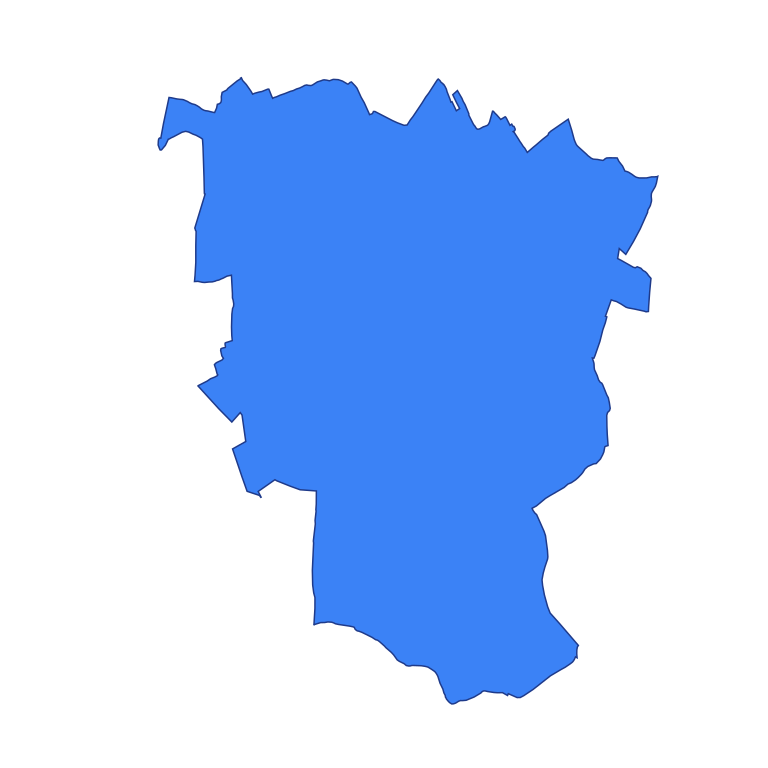 outline of Sauca, Satu Mare, Romania, rotated 277°
{"feature_id": "2599482B69932192644712", "entity_name": "Sauca", "entity_type": "district", "adm_level": 2, "iso_a3": "ROU", "parent_name": "Romania", "parent_adm1": "Satu Mare", "projection": "equal_earth", "projection_center": [22.498, 47.458], "detail": "fine", "context": "isolated", "style": "filled", "palette": "blue", "viewbox_px": 768, "rotation_deg": 277, "n_neighbors": 0, "source": "geoboundaries", "source_scale": "gbopen_adm2", "svg_char_len": 6139}
<svg xmlns="http://www.w3.org/2000/svg" viewBox="0 0 768 768"><g transform="rotate(277 384 384)"><path d="M623.5,630.4L623.0,629.6L622.8,628.1L622.6,627.7L622.2,624.4L620.5,619.4L619.6,612.1L619.9,609.5L620.2,608.6L620.6,607.6L622.3,604.6L624.0,601.0L624.5,599.1L624.7,597.2L629.4,594.2L633.5,590.1L636.8,587.9L636.0,580.4L635.5,577.5L634.6,576.1L632.9,574.6L632.6,574.0L632.7,571.0L632.9,568.8L632.7,564.3L633.3,562.3L635.6,558.4L636.6,557.2L642.7,548.5L643.8,547.0L645.1,545.7L647.9,544.0L649.8,543.0L658.7,539.4L669.3,534.6L655.3,518.8L653.1,516.9L651.0,516.4L646.1,511.5L640.0,506.0L637.4,503.5L631.3,498.0L635.2,495.0L636.8,493.2L639.6,490.9L641.2,489.4L643.4,487.7L649.8,482.4L650.2,481.5L651.3,482.8L652.2,483.2L653.1,483.1L655.3,481.8L655.6,481.4L655.5,480.8L655.7,480.4L657.5,479.1L656.1,477.5L662.3,473.4L663.6,472.4L664.0,471.7L660.8,467.6L665.1,462.8L666.1,461.4L668.0,459.3L668.0,458.5L657.2,456.9L655.2,456.3L654.1,455.7L653.4,455.2L651.7,452.1L651.5,451.4L649.0,448.0L648.5,447.0L648.3,445.5L649.3,444.2L651.3,442.6L651.4,442.3L653.0,440.9L661.2,435.4L662.5,435.3L671.2,430.4L674.1,428.2L677.1,426.5L684.2,421.1L679.5,417.0L672.1,421.7L666.6,425.5L664.0,422.5L672.5,417.1L671.9,416.1L674.3,415.0L681.9,410.9L684.2,410.0L686.5,408.5L688.5,406.9L688.5,406.4L689.3,405.9L690.3,404.0L692.1,402.4L693.3,400.7L692.8,400.1L689.9,398.6L678.3,393.0L673.8,390.4L667.7,387.6L657.6,382.5L652.7,380.0L649.6,378.1L643.9,375.4L643.2,372.4L644.9,365.4L646.5,360.3L653.4,341.7L653.2,340.3L651.5,339.8L650.7,339.2L649.6,336.8L651.1,336.0L660.8,330.1L665.9,326.3L674.4,321.1L676.2,319.3L679.8,314.9L679.3,313.7L677.5,312.1L677.3,311.7L677.3,311.2L679.6,305.9L680.5,301.5L680.2,296.8L679.9,295.9L678.3,292.9L678.6,290.1L678.6,287.6L678.3,286.4L677.3,284.5L675.7,281.0L671.9,276.4L671.3,275.1L671.2,272.2L671.4,270.9L670.7,268.9L669.3,267.0L667.5,264.2L666.2,261.3L664.2,258.2L663.0,255.3L660.3,250.4L658.0,245.7L655.9,242.2L655.0,240.1L654.0,238.7L656.2,237.3L662.6,233.8L662.6,233.0L662.3,232.3L659.4,227.1L658.5,224.3L656.9,220.4L655.7,218.3L658.6,216.1L664.5,210.8L668.0,206.7L670.6,205.1L670.1,204.3L669.4,204.4L666.9,201.3L658.5,193.2L657.3,192.4L656.7,192.2L653.7,187.8L649.4,187.5L646.1,188.0L644.2,187.9L643.1,187.4L642.0,186.2L641.3,184.5L637.4,184.2L632.8,182.8L632.8,181.5L633.5,175.9L633.5,173.7L633.8,171.8L634.8,169.3L636.3,167.0L637.4,164.7L638.3,162.3L638.7,159.2L639.6,156.5L640.5,154.5L641.7,150.4L641.8,149.0L641.7,147.0L641.7,143.7L642.2,138.0L642.2,135.7L615.8,133.4L600.8,132.5L600.8,131.2L599.7,130.5L597.8,130.4L593.7,130.7L590.4,132.4L589.0,133.3L589.2,134.6L594.2,137.9L600.7,140.1L600.9,140.8L602.5,142.9L603.7,144.9L609.3,152.9L610.6,156.3L610.3,159.4L608.7,164.0L608.0,167.1L606.2,171.7L604.9,174.0L597.6,175.4L567.5,180.1L551.7,182.4L550.9,182.6L550.7,183.3L515.7,177.2L515.3,177.5L513.5,178.2L512.7,178.9L497.9,180.4L481.6,182.4L468.9,183.2L462.6,183.4L463.2,186.8L462.8,191.4L462.9,193.6L463.9,197.8L464.4,201.0L465.5,203.9L466.2,205.0L467.1,207.5L468.5,209.7L469.3,211.2L471.9,215.0L473.4,219.3L455.5,222.5L450.9,223.1L449.0,224.0L445.2,225.1L442.7,225.2L440.5,224.5L434.8,224.5L422.1,225.7L413.6,227.0L408.6,228.1L405.7,221.8L405.2,221.3L403.5,221.5L402.2,222.0L401.4,222.1L400.9,221.9L399.8,218.9L399.0,217.8L397.3,217.8L392.8,219.4L392.2,219.6L389.9,221.5L388.0,220.2L385.1,215.6L384.0,214.3L382.5,213.3L378.8,215.1L373.5,217.2L372.8,217.9L371.9,217.5L370.2,215.1L368.1,211.2L365.4,208.2L359.8,199.9L359.4,199.6L339.4,222.9L327.7,237.6L338.1,244.8L335.8,246.9L310.1,253.8L301.1,241.6L275.3,254.0L260.8,261.2L258.3,273.6L257.9,274.3L256.5,275.5L256.7,275.8L262.0,272.2L275.7,287.4L274.9,289.2L271.2,303.2L268.8,313.6L269.6,329.9L256.6,331.4L251.0,331.7L249.4,332.1L240.3,332.2L236.7,332.9L219.5,333.0L217.6,333.5L190.3,335.6L175.8,337.7L168.1,339.7L163.6,341.5L152.8,342.8L136.6,343.8L136.1,343.5L137.0,344.7L139.5,350.3L140.0,354.1L141.0,357.3L141.2,361.1L140.8,363.0L140.1,365.0L139.8,368.2L139.5,379.4L139.2,382.9L138.8,384.2L137.1,385.2L136.4,386.2L135.7,387.5L135.6,389.1L134.8,392.4L131.1,403.0L129.2,406.8L129.1,407.7L128.8,409.1L127.7,411.0L123.9,416.5L122.6,417.9L118.5,424.0L116.3,426.6L111.8,430.7L110.6,433.0L108.8,438.2L107.3,440.4L107.1,442.8L107.3,444.2L108.0,445.9L108.2,447.2L108.9,455.3L108.8,459.0L108.5,461.5L108.2,462.6L106.3,466.6L104.8,469.4L103.7,470.6L101.9,472.1L100.2,473.2L93.8,476.1L88.4,479.6L84.7,481.1L82.4,482.7L80.6,483.2L79.8,483.9L78.9,484.4L76.9,486.5L75.8,487.9L74.7,490.2L75.0,491.8L75.5,493.0L76.1,494.1L78.2,496.7L79.1,498.4L79.3,500.4L80.1,504.1L84.3,511.6L89.1,517.8L90.4,518.7L91.4,520.0L91.7,521.6L91.4,524.3L91.2,530.7L91.4,534.4L92.1,539.2L89.9,544.6L91.8,545.1L89.0,554.3L89.4,557.4L91.7,560.7L99.0,569.2L114.7,584.8L122.1,594.4L124.9,598.3L129.1,603.1L130.9,604.9L132.3,605.8L134.1,606.6L136.5,607.3L135.8,609.0L139.7,608.2L143.7,607.8L146.6,608.0L148.2,608.8L167.2,587.9L176.9,576.8L182.8,573.6L194.2,568.9L203.3,566.0L208.9,564.7L215.8,565.1L221.9,566.0L230.2,567.7L232.4,567.7L238.8,566.5L253.1,562.8L257.3,560.8L273.0,551.4L274.3,549.5L276.7,547.3L278.7,546.1L281.5,550.1L290.1,558.2L293.3,562.2L303.2,575.3L307.1,578.8L308.9,582.0L312.2,585.8L314.8,588.1L318.5,590.9L320.4,592.1L324.1,593.8L327.0,596.4L330.3,601.9L330.9,604.3L336.0,608.0L340.5,609.7L343.4,610.5L348.5,610.8L349.1,611.4L350.2,613.9L361.4,611.7L369.3,610.4L380.1,608.9L383.0,609.4L385.1,611.1L387.4,611.5L393.1,609.9L397.7,608.3L400.2,606.5L410.0,601.1L411.4,600.0L412.0,598.5L414.2,596.5L418.3,594.6L423.8,591.2L426.0,590.6L429.6,590.0L431.1,589.5L435.2,587.6L435.2,589.2L438.0,590.0L452.5,593.1L464.4,594.6L471.7,596.2L477.8,597.0L478.2,595.5L495.2,599.3L494.6,601.8L494.2,604.7L492.2,609.7L489.7,614.9L489.3,617.1L488.9,623.5L488.0,633.4L487.6,635.3L488.2,637.6L493.7,637.2L507.3,636.5L521.4,636.1L523.9,633.3L525.7,631.7L527.2,629.8L528.3,627.2L530.2,624.9L531.2,621.0L530.0,619.3L530.2,617.4L535.6,604.4L537.0,600.6L547.1,601.0L542.1,608.2L556.0,614.3L569.2,619.4L586.5,624.7L587.7,624.6L589.4,624.9L591.4,625.8L593.6,626.6L598.0,627.2L599.5,627.1L602.6,626.4L605.5,626.2L607.3,626.7L613.1,629.2L616.7,629.9L623.5,630.4Z" fill="#3b82f6" stroke="#1e3a8a" stroke-width="1.5"/></g></svg>